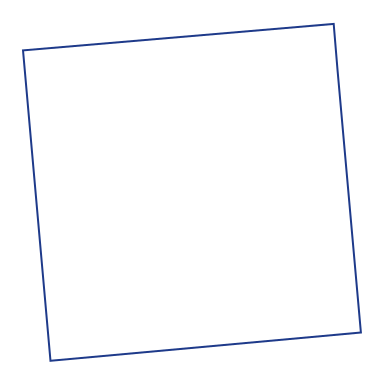 Midland, Texas, United States of America, rotated 85°
{"feature_id": "52423323B34026516853793", "entity_name": "Midland", "entity_type": "district", "adm_level": 2, "iso_a3": "USA", "parent_name": "United States of America", "parent_adm1": "Texas", "projection": "albers", "projection_center": [-102.104, 31.869], "detail": "fine", "context": "isolated", "style": "outline", "palette": "blue", "viewbox_px": 384, "rotation_deg": 85, "n_neighbors": 0, "source": "geoboundaries", "source_scale": "gbopen_adm2", "svg_char_len": 229}
<svg xmlns="http://www.w3.org/2000/svg" viewBox="0 0 384 384"><g transform="rotate(85 192 192)"><path d="M36.9,36.2L36.2,348.0L347.8,347.7L346.7,36.0L82.9,36.4L36.9,36.2Z" fill="none" stroke="#1e3a8a" stroke-width="2"/></g></svg>